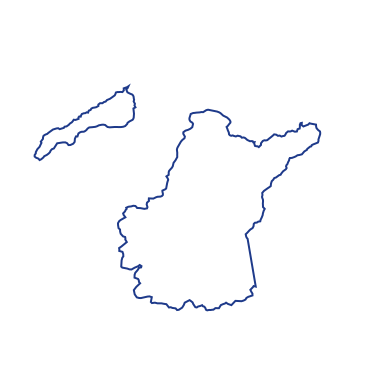 Sítio d'Abadia, Goiás, Brazil (Natural Earth projection), rotated 73°
{"feature_id": "56859067B22155474073709", "entity_name": "Sítio d'Abadia", "entity_type": "district", "adm_level": 2, "iso_a3": "BRA", "parent_name": "Brazil", "parent_adm1": "Goiás", "projection": "natural_earth1", "projection_center": [-46.35, -14.751], "detail": "fine", "context": "isolated", "style": "outline", "palette": "blue", "viewbox_px": 384, "rotation_deg": 73, "n_neighbors": 0, "source": "geoboundaries", "source_scale": "gbopen_adm2", "svg_char_len": 5729}
<svg xmlns="http://www.w3.org/2000/svg" viewBox="0 0 384 384"><g transform="rotate(73 192 192)"><path d="M300.5,240.8L300.8,239.1L299.7,235.2L297.7,232.9L295.7,231.3L294.7,225.9L296.3,224.7L297.8,223.7L299.3,223.6L300.4,223.3L301.4,223.0L303.1,222.5L303.8,221.2L303.3,219.7L303.4,217.4L303.2,215.4L304.4,215.0L305.3,213.7L307.1,213.1L308.6,213.1L309.6,212.1L309.8,210.1L310.3,208.7L310.5,207.1L310.8,205.9L309.9,203.6L311.0,200.2L308.6,197.5L308.3,194.9L308.3,193.2L307.8,191.8L309.6,190.3L311.7,187.4L308.8,182.3L310.9,176.6L310.9,174.4L310.5,172.3L309.2,170.9L308.7,168.8L308.7,167.3L308.6,164.4L306.8,163.9L305.0,164.4L302.6,164.8L301.7,163.2L300.9,161.7L300.0,160.6L301.1,158.7L253.0,152.5L251.6,153.1L250.3,153.2L248.1,153.0L247.1,151.0L245.6,148.5L244.9,147.1L244.2,144.6L242.8,143.2L240.5,142.2L239.8,140.8L240.2,138.9L239.7,137.3L240.0,135.3L238.6,134.5L236.8,132.8L234.8,131.2L233.1,130.4L232.1,129.7L230.9,128.9L229.4,127.4L227.1,128.5L225.7,128.1L223.7,127.6L221.7,126.8L220.2,126.4L218.4,126.5L217.2,126.5L215.5,125.5L213.4,125.1L212.0,122.9L211.1,120.2L210.5,118.4L210.0,116.7L209.4,115.0L207.1,114.0L205.0,112.6L204.0,110.7L202.7,109.2L202.7,107.5L201.4,103.8L201.4,102.2L200.5,101.3L198.8,98.8L197.7,95.6L196.7,94.5L195.1,94.6L194.0,93.9L193.3,92.7L191.6,91.4L190.1,89.9L188.9,89.3L188.1,88.5L188.6,86.6L188.5,84.2L188.3,82.4L187.7,80.4L188.0,78.4L188.1,75.9L186.1,72.8L185.7,71.5L185.3,69.8L184.4,69.1L183.9,67.6L183.2,66.1L183.2,64.6L182.2,63.8L181.9,62.0L181.7,59.3L181.5,57.1L180.1,56.1L178.7,55.7L174.3,52.6L173.0,52.1L171.5,51.9L169.7,53.2L167.5,54.2L165.9,54.2L163.8,53.7L161.3,58.5L160.6,59.5L161.5,61.1L161.9,66.3L160.0,67.6L158.0,66.8L157.9,68.1L159.2,69.2L161.0,69.7L162.8,70.5L162.8,72.6L164.8,74.0L164.4,76.0L162.6,78.3L162.9,79.9L162.6,81.2L162.1,82.4L163.1,84.7L164.4,85.9L165.3,87.1L165.1,88.8L165.1,90.3L163.7,91.6L163.4,93.4L161.8,94.7L160.9,96.6L161.7,98.2L162.7,100.6L163.6,103.0L164.4,104.8L164.3,106.3L163.7,107.7L163.9,109.4L165.6,111.8L167.2,112.3L167.9,113.7L168.6,115.0L167.5,115.9L167.0,117.2L166.3,118.3L163.7,118.3L162.6,117.6L162.4,118.9L161.2,119.1L160.7,120.3L160.4,121.7L159.4,122.8L158.4,123.9L156.6,125.0L155.6,125.7L154.9,126.8L154.6,128.5L153.0,129.3L151.5,131.9L151.7,133.8L150.6,135.6L149.8,136.5L149.7,138.1L148.7,139.3L147.6,139.7L145.8,139.4L143.4,139.7L142.1,139.7L139.9,139.9L139.3,138.5L138.2,137.0L136.9,135.0L135.7,134.6L133.7,135.1L131.0,136.7L128.1,139.8L124.9,141.7L123.7,142.8L122.4,144.5L118.0,152.6L117.9,154.4L118.9,158.0L118.3,159.6L118.1,161.5L117.4,164.5L117.1,166.4L116.8,167.8L117.0,170.4L120.7,172.9L122.2,173.3L124.1,172.9L125.8,171.4L127.2,171.1L130.1,172.8L131.0,175.0L131.4,177.5L131.4,180.3L132.3,182.8L133.8,183.3L136.9,182.6L138.4,183.5L139.4,186.0L140.6,187.9L145.0,192.6L145.9,193.4L147.2,194.1L150.1,194.6L152.5,195.4L154.3,195.9L156.9,198.6L158.7,201.1L161.8,202.9L162.9,204.1L164.5,206.8L165.3,207.9L166.3,208.5L168.8,209.3L169.6,211.9L172.1,211.2L173.4,211.2L174.7,212.2L176.3,213.2L181.1,215.7L181.6,216.9L182.0,219.9L183.1,220.2L185.0,220.3L186.3,220.7L187.0,221.8L187.2,223.4L186.5,226.3L186.5,227.8L187.0,230.9L185.5,235.1L186.8,235.6L187.9,235.7L189.0,238.1L190.7,239.0L193.4,239.0L194.5,239.8L194.2,242.5L192.3,246.1L191.2,249.2L189.9,249.6L188.8,250.3L188.0,252.2L188.0,254.4L187.7,255.9L187.5,257.2L187.8,259.5L189.0,259.4L189.6,260.5L191.0,261.8L192.3,264.1L193.9,264.1L196.7,263.1L197.9,268.4L198.6,270.2L200.2,271.9L202.1,272.4L205.1,272.8L206.8,271.8L208.9,272.3L211.1,272.4L214.3,270.9L215.5,269.1L216.7,269.2L218.0,269.7L220.8,269.0L223.5,275.5L224.3,278.1L225.8,278.3L227.1,278.8L228.9,276.0L231.2,275.9L233.5,276.5L234.4,277.8L236.8,279.3L242.7,281.5L243.9,280.8L246.3,276.3L247.7,274.4L248.4,272.5L247.6,268.9L247.2,265.2L246.5,263.4L248.1,262.0L249.2,262.7L249.0,264.8L250.9,267.0L252.6,269.8L254.4,271.1L257.1,272.0L259.4,269.0L260.8,268.7L262.6,269.0L264.1,268.3L266.5,273.1L268.8,276.3L273.1,276.7L276.6,275.6L277.9,273.6L278.5,271.8L279.0,265.1L279.4,263.2L280.8,261.2L285.1,263.5L286.5,262.8L287.0,259.8L288.3,257.7L289.5,253.8L290.5,252.0L291.8,249.3L295.7,247.8L296.0,246.0L297.1,244.7L298.5,241.7L300.5,240.8ZM116.9,328.4L116.6,326.6L115.5,324.0L114.6,322.9L114.1,320.0L113.3,317.8L112.4,316.2L111.1,315.1L110.1,313.4L110.0,311.4L106.0,306.7L106.8,301.1L107.6,298.5L108.9,297.1L111.0,296.4L111.5,294.6L111.1,291.5L109.8,289.6L106.8,288.4L104.9,286.7L105.4,285.3L102.8,283.5L102.2,281.7L102.1,280.2L102.7,277.8L102.5,276.5L101.9,274.9L100.8,273.3L100.2,271.4L100.8,268.7L101.4,265.5L101.4,263.8L101.0,261.5L101.3,258.7L101.6,257.3L102.5,255.5L105.1,253.8L106.1,251.8L107.3,246.6L108.2,243.9L109.1,241.1L109.5,238.7L109.4,236.6L108.0,234.1L107.0,233.4L106.2,231.1L105.6,227.7L104.8,226.7L103.8,226.0L100.2,224.6L98.6,224.3L95.0,223.6L94.5,221.3L92.4,221.7L91.0,220.8L88.3,221.3L86.9,220.4L85.4,220.3L83.9,220.0L82.5,220.1L81.3,220.7L79.5,222.9L77.8,224.6L74.7,224.9L73.9,223.3L72.3,221.9L72.8,223.5L72.8,224.8L72.9,227.0L74.9,227.5L76.1,229.3L75.4,231.1L75.0,232.9L74.6,234.3L74.6,235.7L75.8,236.5L77.0,237.6L78.3,241.4L78.9,243.3L79.2,246.4L80.3,248.2L80.2,249.8L80.9,251.7L80.2,254.0L81.0,256.0L82.4,256.4L82.9,258.9L82.7,260.9L82.5,262.2L82.8,263.9L83.9,265.0L84.0,266.9L85.7,268.2L85.0,269.4L85.4,271.0L85.1,272.4L85.2,274.5L86.1,275.5L87.4,276.4L86.8,277.7L87.5,278.8L88.9,279.1L89.0,282.4L88.3,284.0L89.2,285.0L90.2,286.5L90.9,288.9L91.7,290.1L92.6,292.8L92.3,294.8L93.2,295.8L93.2,298.3L93.2,300.2L91.9,301.3L91.6,303.0L91.6,306.7L93.5,312.2L94.1,313.4L94.2,315.0L94.4,316.3L94.9,317.6L96.2,318.5L97.6,319.0L99.7,321.9L101.0,321.6L102.7,323.2L104.2,324.5L105.8,327.3L108.2,329.7L109.4,330.1L110.7,331.7L112.1,332.1L113.6,331.1L115.2,329.1L116.9,328.4Z" fill="none" stroke="#1e3a8a" stroke-width="2"/></g></svg>